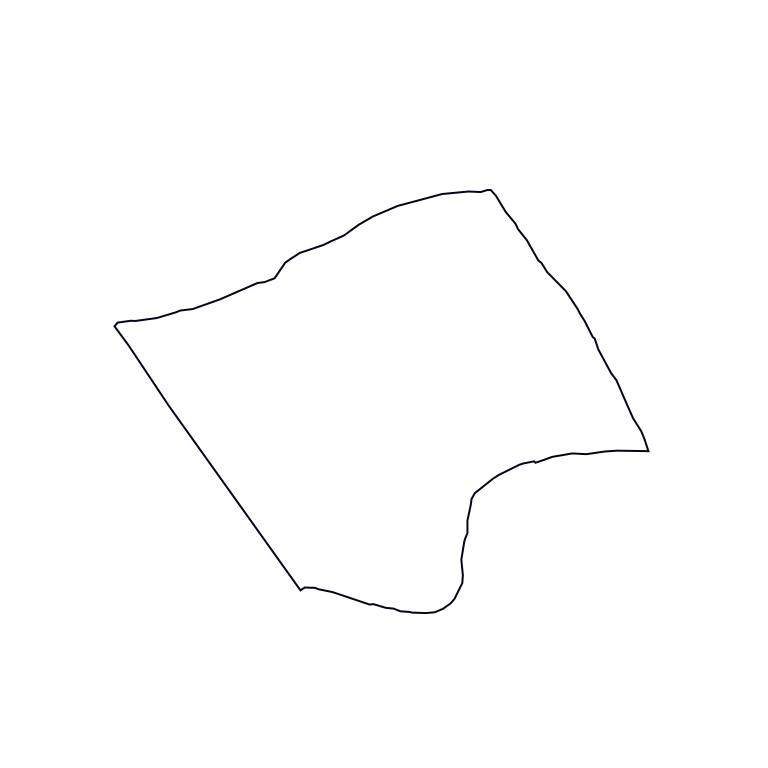 Santa Ana Huista, Huehuetenango, Guatemala (Natural Earth projection), rotated 298°
{"feature_id": "79465075B69747530390651", "entity_name": "Santa Ana Huista", "entity_type": "district", "adm_level": 2, "iso_a3": "GTM", "parent_name": "Guatemala", "parent_adm1": "Huehuetenango", "projection": "natural_earth1", "projection_center": [-91.844, 15.746], "detail": "fine", "context": "isolated", "style": "outline", "palette": "ink", "viewbox_px": 768, "rotation_deg": 298, "n_neighbors": 0, "source": "geoboundaries", "source_scale": "gbopen_adm2", "svg_char_len": 1258}
<svg xmlns="http://www.w3.org/2000/svg" viewBox="0 0 768 768"><g transform="rotate(298 384 384)"><path d="M308.4,119.0L298.2,140.3L263.9,203.9L162.6,407.1L167.1,409.6L171.7,418.9L172.0,422.4L176.1,436.2L182.5,474.8L184.7,478.1L187.2,490.6L190.2,498.0L191.0,505.2L194.8,513.7L195.3,516.1L201.5,528.7L206.2,535.9L213.3,541.7L221.8,545.9L227.4,547.1L245.0,546.6L252.2,543.4L265.1,534.8L282.4,528.9L285.1,528.3L291.5,527.7L302.5,521.8L318.9,517.1L323.5,515.3L330.2,515.4L351.8,524.8L358.1,528.4L376.2,541.4L379.3,544.4L386.2,552.9L385.6,554.7L391.6,560.4L398.6,566.7L411.0,582.7L417.1,595.7L428.3,611.0L434.6,621.2L446.9,645.2L448.8,649.0L457.6,639.9L463.0,633.4L470.7,620.0L478.9,609.5L496.5,587.4L500.1,579.6L515.0,557.2L523.0,548.7L523.4,546.4L533.8,531.6L538.4,523.6L541.0,520.0L551.4,500.9L559.4,475.5L564.8,466.2L565.5,462.3L578.1,442.5L583.7,429.5L587.1,425.2L593.0,410.8L602.6,394.7L605.4,387.4L603.9,384.3L598.9,379.3L593.6,368.2L579.0,346.1L547.7,312.5L526.5,295.4L512.7,286.9L496.3,278.9L485.3,270.3L478.3,265.2L460.2,248.1L450.1,242.5L444.6,239.8L426.0,237.8L417.8,230.6L413.8,224.9L381.6,199.3L360.3,179.8L353.2,169.6L349.3,166.3L335.5,152.3L323.0,135.0L321.0,130.8L313.1,119.9L308.4,119.0Z" fill="none" stroke="#020617" stroke-width="2"/></g></svg>